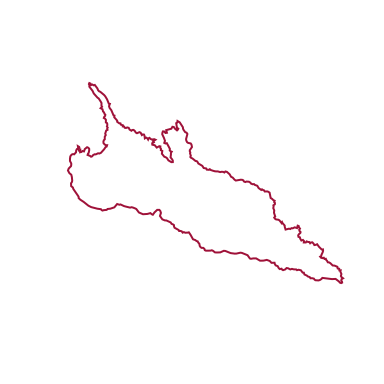 Ponte Alta do Bom Jesus, Tocantins, Brazil (Albers equal-area conic projection), rotated 249°
{"feature_id": "56859067B8976665004263", "entity_name": "Ponte Alta do Bom Jesus", "entity_type": "district", "adm_level": 2, "iso_a3": "BRA", "parent_name": "Brazil", "parent_adm1": "Tocantins", "projection": "albers", "projection_center": [-46.566, -12.067], "detail": "fine", "context": "isolated", "style": "outline", "palette": "rose", "viewbox_px": 384, "rotation_deg": 249, "n_neighbors": 0, "source": "geoboundaries", "source_scale": "gbopen_adm2", "svg_char_len": 6055}
<svg xmlns="http://www.w3.org/2000/svg" viewBox="0 0 384 384"><g transform="rotate(249 192 192)"><path d="M65.6,302.7L66.0,301.5L67.6,301.9L68.4,300.6L70.1,300.9L72.2,298.7L73.0,297.0L75.9,295.7L77.1,294.8L77.7,293.6L79.4,293.4L80.6,292.9L81.7,293.0L82.0,291.7L83.4,291.5L83.5,290.1L84.4,288.9L85.7,288.5L85.8,289.7L86.9,290.3L88.8,292.3L90.1,293.3L91.5,293.7L91.8,292.5L95.4,290.9L98.4,290.1L98.3,288.7L98.6,287.2L100.2,287.0L101.9,286.3L102.2,285.0L101.8,283.9L103.2,283.6L103.8,282.4L104.8,281.3L104.1,280.2L104.8,278.3L106.0,279.0L107.5,278.4L107.5,276.7L109.7,276.3L111.0,276.5L112.0,275.3L113.5,275.6L114.4,276.9L114.9,278.4L115.7,279.0L117.2,278.4L118.4,278.6L119.1,279.7L120.7,279.2L122.0,279.4L122.7,278.6L120.7,277.1L122.2,275.2L122.0,273.0L122.6,271.9L122.2,270.5L123.0,269.4L123.4,265.9L126.3,266.1L127.5,266.5L130.4,265.4L131.5,265.3L130.8,264.5L134.1,263.5L135.1,262.8L136.3,260.6L137.5,259.8L138.7,259.6L139.3,260.9L143.2,261.1L145.4,262.2L147.9,262.1L149.0,262.9L150.4,263.2L150.8,264.9L152.0,265.5L153.2,265.1L154.2,266.0L155.3,265.0L156.9,264.3L158.2,263.3L163.6,264.2L164.9,263.3L165.6,262.4L166.4,260.1L167.8,259.8L168.5,258.9L169.4,258.3L169.1,257.4L171.8,255.6L174.4,255.2L176.1,253.2L177.2,252.7L177.5,251.4L178.7,250.1L179.8,249.9L181.2,248.8L182.2,246.7L182.2,245.3L183.3,244.2L184.5,244.1L185.4,243.2L186.0,241.9L187.0,237.0L188.3,236.1L190.8,235.2L192.3,233.9L195.0,233.5L198.3,231.8L199.2,230.5L198.6,229.2L199.7,228.2L200.3,226.7L200.5,225.4L201.9,223.6L203.0,221.0L204.4,219.1L205.9,217.3L206.9,216.8L206.6,215.8L207.6,213.8L208.9,213.7L210.2,211.5L212.7,211.0L216.4,208.1L217.8,208.0L219.1,207.5L219.7,206.4L223.2,204.4L224.2,203.4L225.3,203.0L226.3,203.9L228.7,204.0L229.6,204.6L230.7,204.5L231.8,204.9L234.0,208.1L236.5,208.5L237.8,208.2L239.2,206.0L240.2,205.3L242.0,205.1L243.5,205.4L247.8,208.5L249.3,208.2L250.3,207.1L253.0,206.4L254.3,206.3L255.7,206.7L261.4,205.5L263.5,203.9L262.1,203.1L261.9,201.9L257.4,201.0L256.0,201.9L255.3,201.1L254.9,200.1L257.2,198.8L259.2,198.3L259.9,197.1L258.5,195.4L259.0,190.1L256.3,189.8L256.6,188.4L258.6,187.6L259.0,186.5L257.9,185.6L256.6,184.9L252.5,185.2L249.4,185.1L247.8,183.7L246.8,184.6L246.6,186.0L240.2,186.8L238.8,186.1L237.7,186.6L236.9,187.5L236.0,186.3L234.6,185.8L232.0,184.4L229.4,185.2L228.0,185.3L226.8,184.8L227.3,183.4L230.0,181.3L232.5,180.8L233.8,180.0L234.8,178.8L238.5,177.6L241.0,179.0L242.2,177.9L243.4,178.5L244.7,178.2L245.9,178.8L246.5,177.9L246.1,175.0L249.0,174.0L250.4,171.9L251.8,172.3L252.1,174.2L253.3,173.9L253.9,176.6L254.8,175.7L255.4,173.3L256.3,172.4L257.8,171.7L257.7,170.7L256.7,169.8L258.2,169.5L259.3,168.6L259.0,167.2L261.5,167.8L262.8,167.8L263.4,166.7L263.1,165.6L265.8,165.3L266.7,164.4L266.6,161.7L267.7,160.8L269.4,160.5L270.9,159.7L271.3,158.5L270.9,157.4L272.6,156.1L274.6,155.9L275.5,154.6L275.4,153.3L276.1,152.2L277.4,152.1L278.0,150.9L279.0,151.4L280.4,149.7L281.7,149.8L282.2,148.7L284.4,147.3L285.4,147.7L286.4,147.4L289.6,146.2L291.1,147.0L291.7,146.2L297.3,146.0L300.0,145.2L301.9,145.3L303.7,146.9L304.3,146.0L309.0,145.9L312.4,145.3L314.1,144.7L318.4,142.3L319.4,141.3L320.8,140.8L322.6,140.8L326.8,139.6L326.8,138.5L328.1,137.4L328.0,136.2L329.6,136.1L330.5,135.2L329.7,134.4L328.3,134.5L327.1,133.9L322.1,135.4L319.2,135.6L313.9,137.6L312.8,138.4L309.0,139.2L307.5,139.4L305.0,138.4L303.8,138.6L303.0,136.7L301.3,138.1L299.1,137.8L297.8,138.4L296.4,138.3L295.3,138.8L294.2,138.2L293.7,137.1L292.7,136.2L291.6,137.1L290.3,137.5L287.8,136.5L286.9,137.3L285.9,137.3L284.6,136.8L283.6,136.0L282.4,136.4L281.5,135.5L280.3,135.4L280.1,133.9L277.6,131.9L276.1,131.9L274.9,130.4L272.4,129.4L271.9,128.2L270.7,127.3L269.3,126.9L267.7,127.5L266.6,128.3L266.1,129.5L265.0,128.6L264.9,127.4L263.4,125.3L261.2,121.0L261.1,119.3L261.8,118.2L261.6,115.6L262.1,114.6L261.9,112.9L261.1,111.6L261.1,110.4L262.3,109.7L264.0,107.8L265.1,108.7L265.6,109.6L268.0,111.1L269.3,111.5L270.5,111.0L271.4,110.1L270.5,107.3L268.6,105.7L269.5,104.5L269.0,103.1L269.2,101.8L271.2,102.7L271.1,101.4L273.4,101.4L273.3,99.9L272.3,98.8L270.6,97.9L270.0,96.7L269.4,95.5L270.0,94.6L270.1,93.4L269.7,92.4L268.9,91.2L267.0,90.1L264.7,89.2L262.0,89.5L260.6,89.0L259.5,88.3L258.1,85.3L256.5,83.9L253.5,84.3L251.4,85.5L249.0,85.2L245.4,84.2L244.3,83.4L243.5,82.2L240.8,81.3L238.9,82.4L237.3,82.3L229.0,84.3L227.9,84.4L226.9,84.0L224.8,85.0L221.6,87.3L216.3,90.4L214.0,92.5L210.3,97.7L208.6,100.8L207.4,101.2L206.7,101.9L206.7,103.0L205.9,105.9L206.4,107.1L205.7,109.7L205.5,114.0L207.6,117.8L206.1,119.7L206.0,120.8L203.2,123.5L202.1,125.0L199.6,128.6L199.5,130.0L198.8,131.1L197.1,133.0L196.1,133.9L191.9,135.1L188.8,138.3L187.5,142.5L187.2,145.6L185.7,146.4L184.8,147.3L186.4,149.7L187.8,153.1L187.0,155.1L185.7,155.6L183.6,155.5L181.1,153.5L177.1,154.5L175.2,156.5L174.6,157.9L171.2,161.2L169.6,161.5L168.5,162.7L167.5,163.3L166.5,162.9L164.9,162.9L161.3,165.9L160.2,166.0L159.8,167.2L159.0,168.3L157.4,168.7L157.5,170.0L156.4,171.1L155.6,173.5L155.5,174.6L152.6,175.3L147.5,176.0L145.9,177.9L144.5,178.7L143.9,179.6L142.5,179.7L141.2,180.3L138.8,179.9L137.5,180.2L136.4,180.9L135.8,182.5L134.5,183.2L133.1,183.1L132.2,184.0L130.6,188.4L130.5,189.6L129.5,190.6L127.5,191.7L126.9,192.8L125.5,196.7L125.7,200.6L125.0,202.0L121.1,206.2L119.1,209.9L118.6,211.4L118.0,215.4L117.3,216.7L113.1,221.2L109.2,222.2L108.5,223.1L108.1,225.2L107.0,228.1L103.5,230.9L102.3,234.2L101.8,237.5L99.7,239.9L97.4,240.8L96.4,243.7L95.2,243.5L93.5,243.8L92.1,245.4L89.8,245.7L88.6,246.3L88.3,248.1L87.3,248.3L86.4,249.0L86.3,251.3L87.1,253.0L86.4,254.3L84.5,256.0L84.4,257.8L83.4,259.1L82.3,261.6L81.4,262.0L81.2,263.7L79.9,265.6L77.1,266.4L76.6,267.5L74.7,267.4L72.8,269.3L71.7,269.8L70.4,271.4L69.0,271.7L68.5,273.2L67.5,274.7L66.3,275.0L65.4,275.6L64.1,278.4L64.0,279.9L64.4,281.7L65.1,282.9L60.5,291.5L59.4,294.9L55.7,297.2L54.5,297.5L53.5,298.6L53.6,299.7L54.5,299.9L55.8,299.6L57.0,300.4L57.3,302.1L58.9,301.1L60.2,300.9L61.9,302.1L64.6,302.0L65.6,302.7ZM273.4,101.4L273.4,102.7L274.5,102.8L275.7,101.9L273.4,101.4Z" fill="none" stroke="#9f1239" stroke-width="2"/></g></svg>